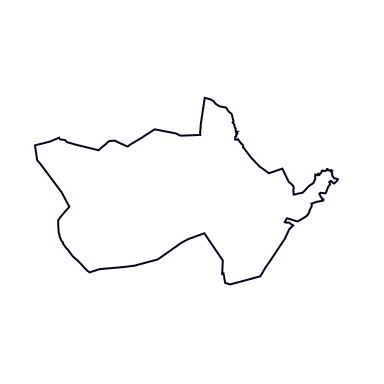 the district of Rabah, Sokoto, Nigeria, rotated 157°
{"feature_id": "59680162B28016750993437", "entity_name": "Rabah", "entity_type": "district", "adm_level": 2, "iso_a3": "NGA", "parent_name": "Nigeria", "parent_adm1": "Sokoto", "projection": "orthographic", "projection_center": [5.659, 13.003], "detail": "fine", "context": "isolated", "style": "outline", "palette": "ink", "viewbox_px": 384, "rotation_deg": 157, "n_neighbors": 0, "source": "geoboundaries", "source_scale": "gbopen_adm2", "svg_char_len": 2796}
<svg xmlns="http://www.w3.org/2000/svg" viewBox="0 0 384 384"><g transform="rotate(157 192 192)"><path d="M322.1,281.8L320.6,277.2L312.1,242.4L310.7,226.3L316.9,223.4L322.4,220.6L326.0,218.5L327.9,214.3L330.6,206.7L330.7,204.9L330.7,204.5L330.9,203.8L331.3,202.1L331.2,201.3L331.2,200.9L331.3,199.0L331.2,198.7L331.2,197.8L331.0,197.3L330.7,196.8L330.6,196.0L330.7,195.5L330.8,194.9L330.7,193.8L330.3,192.9L330.3,191.7L329.9,190.7L329.7,189.5L329.2,188.5L328.8,187.5L328.5,186.4L328.3,185.6L328.3,185.0L327.8,183.4L327.6,182.1L327.4,181.2L327.1,180.2L326.4,178.3L324.2,173.9L322.2,168.9L320.9,164.9L319.1,160.4L317.6,158.0L307.2,157.1L284.4,149.7L273.5,146.6L269.0,146.0L249.7,143.3L230.8,147.4L222.2,149.3L214.4,150.1L196.8,149.2L190.4,117.0L196.2,104.8L194.8,104.7L197.0,95.4L192.9,92.0L162.0,87.7L153.4,94.1L148.9,96.8L132.4,107.7L124.9,112.6L117.1,119.7L111.9,121.7L114.9,126.2L116.4,126.7L117.3,126.9L117.8,127.5L118.4,128.0L114.8,130.7L106.3,123.6L99.2,124.5L95.4,125.3L92.4,127.2L89.9,130.1L88.3,131.2L86.1,134.1L86.3,134.6L80.8,134.2L74.6,132.8L73.9,133.5L74.2,134.3L74.9,134.6L74.9,136.0L75.4,137.9L75.5,140.6L74.0,141.1L69.7,138.6L68.6,139.4L64.8,143.4L61.7,145.3L61.8,147.5L59.9,148.0L58.9,146.0L58.6,145.2L57.8,144.3L55.8,145.0L54.7,145.4L52.7,146.7L53.4,147.5L53.9,147.9L55.5,148.9L55.9,149.1L56.0,149.8L56.1,150.5L56.5,151.5L56.4,152.4L56.0,153.3L56.1,153.8L55.6,154.7L56.1,156.4L54.6,156.9L55.1,157.6L55.9,158.0L57.1,158.1L58.3,158.9L58.2,160.2L58.6,160.4L60.6,159.2L61.0,159.3L62.3,159.8L63.7,160.9L64.3,160.6L65.0,159.8L66.3,158.8L67.0,158.9L68.1,157.9L68.6,158.2L68.7,159.4L69.4,159.2L69.4,158.7L69.8,158.3L70.7,159.1L71.7,159.9L72.1,159.1L73.7,155.6L76.7,152.8L81.7,151.9L90.5,148.1L95.1,149.1L98.0,149.5L99.4,149.9L98.0,154.2L96.6,156.2L96.5,158.1L97.8,161.4L99.0,163.4L99.7,178.2L113.8,179.2L119.8,189.0L121.5,193.4L124.3,201.0L127.1,212.1L127.6,212.9L127.2,214.0L126.8,215.4L127.2,216.5L127.9,217.3L127.9,218.4L128.5,219.3L128.4,220.3L128.9,221.6L128.9,222.5L130.2,222.6L131.8,223.4L131.1,224.5L130.8,225.8L129.3,226.1L129.1,227.3L127.6,227.9L128.0,229.2L126.6,229.7L128.0,230.4L127.6,231.8L127.1,233.3L127.4,235.3L126.7,237.5L127.4,240.2L126.1,240.8L126.0,242.0L125.6,245.0L125.0,248.1L127.0,252.4L127.7,256.4L133.2,260.1L135.7,263.8L136.7,267.2L138.8,270.1L143.5,273.7L157.6,250.7L158.9,248.0L160.2,245.5L161.3,243.7L162.1,241.3L178.2,247.4L180.9,248.6L183.8,252.1L201.9,264.3L212.9,262.4L216.8,261.6L230.3,259.8L232.7,259.2L233.6,259.0L241.3,267.4L242.8,269.3L247.5,271.0L249.2,271.1L250.5,270.6L252.6,269.8L254.7,269.1L256.2,268.8L259.2,267.8L261.7,266.9L263.6,268.3L273.0,275.4L280.0,280.6L284.8,284.5L287.5,286.6L288.7,289.5L289.7,290.1L292.0,291.4L293.0,292.3L293.1,293.9L302.9,293.9L318.3,296.3L322.1,281.8Z" fill="none" stroke="#020617" stroke-width="2"/></g></svg>